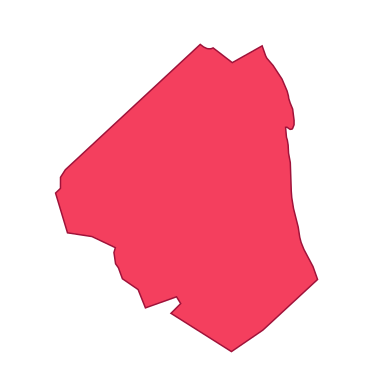 Mercer, West Virginia, United States of America (Natural Earth projection), rotated 277°
{"feature_id": "52423323B88049032816505", "entity_name": "Mercer", "entity_type": "district", "adm_level": 2, "iso_a3": "USA", "parent_name": "United States of America", "parent_adm1": "West Virginia", "projection": "natural_earth1", "projection_center": [-81.073, 37.416], "detail": "fine", "context": "isolated", "style": "filled", "palette": "rose", "viewbox_px": 384, "rotation_deg": 277, "n_neighbors": 0, "source": "geoboundaries", "source_scale": "gbopen_adm2", "svg_char_len": 851}
<svg xmlns="http://www.w3.org/2000/svg" viewBox="0 0 384 384"><g transform="rotate(277 192 192)"><path d="M38.4,250.6L63.6,279.2L90.9,302.3L120.5,327.3L132.7,321.2L148.6,310.1L155.3,306.4L160.1,304.5L170.1,301.7L187.9,294.8L198.6,291.7L205.1,290.4L233.1,286.0L242.3,283.1L250.3,281.7L255.1,280.3L257.8,279.1L267.6,277.0L267.9,278.3L266.1,281.7L266.6,283.6L267.3,284.1L271.1,285.1L275.5,284.6L286.6,281.8L292.5,278.5L296.7,276.6L299.1,276.0L303.8,274.1L315.0,267.6L327.3,257.2L333.9,250.0L336.1,248.5L345.6,243.8L325.3,216.2L337.6,195.4L336.6,193.6L336.2,191.5L336.2,189.4L337.4,185.8L339.5,182.2L198.7,63.6L190.6,59.7L179.6,61.0L174.3,56.7L136.3,73.4L135.6,98.1L127.4,122.7L122.4,121.9L111.4,124.9L107.8,128.2L97.4,133.5L88.6,150.4L71.3,159.9L86.1,189.4L79.9,194.4L69.0,185.9L38.4,250.6Z" fill="#f43f5e" stroke="#9f1239" stroke-width="1.5"/></g></svg>